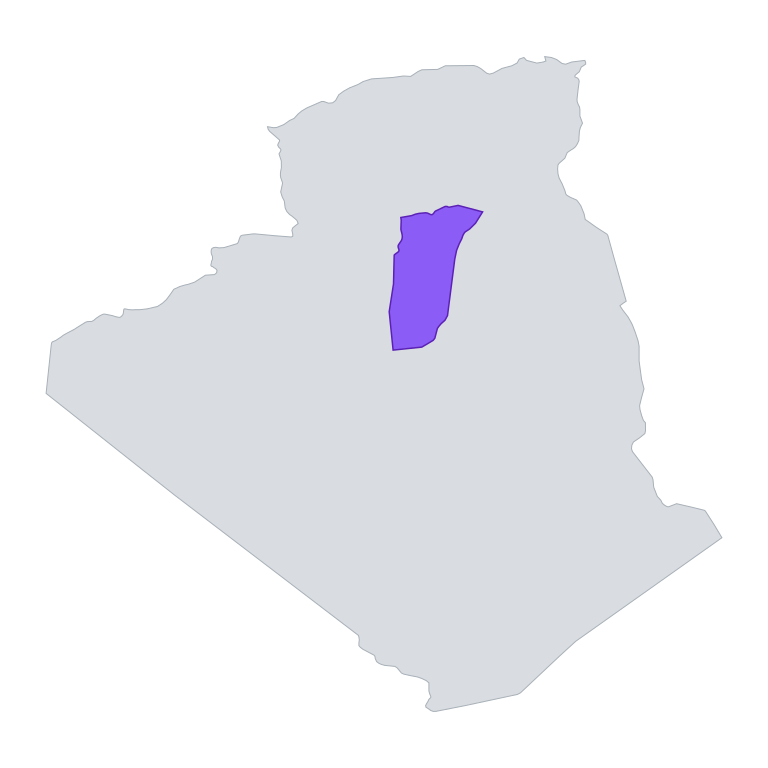 Algeria, with Ghardaïa highlighted
{"feature_id": "DZA-2192", "entity_name": "Ghardaïa", "entity_type": "Province", "adm_level": 1, "iso_a3": "DZA", "parent_name": "Algeria", "parent_adm1": "", "projection": "albers", "projection_center": [3.122, 31.033], "detail": "fine", "context": "in_parent", "style": "filled", "palette": "violet", "viewbox_px": 768, "rotation_deg": 0, "n_neighbors": 0, "source": "natural_earth", "source_scale": "10m", "svg_char_len": 4510}
<svg xmlns="http://www.w3.org/2000/svg" viewBox="0 0 768 768"><path d="M584.8,60.4L585.6,62.3L585.7,64.1L583.1,65.9L581.3,67.0L579.3,71.7L575.4,75.0L574.8,76.0L574.9,76.9L577.7,78.2L578.7,79.5L579.2,81.3L578.3,87.8L577.0,99.3L577.2,101.8L578.3,104.7L579.5,107.0L579.9,109.6L579.9,116.1L581.3,119.8L582.5,123.2L580.3,127.6L579.4,131.4L579.0,136.9L578.9,140.3L577.5,143.6L575.5,146.7L573.3,148.6L570.5,150.3L567.2,152.6L564.8,158.3L559.2,163.2L558.0,164.9L557.6,168.7L558.0,173.9L559.1,178.0L562.2,184.0L564.9,190.6L565.8,194.0L566.8,195.2L570.3,197.3L576.5,200.0L577.6,201.2L580.8,205.7L584.1,213.9L585.2,219.4L596.3,227.3L607.0,234.2L607.8,235.4L614.7,260.4L617.2,269.2L626.2,301.2L623.2,303.2L619.9,305.7L622.7,310.0L628.0,316.9L631.2,322.5L632.4,324.9L635.1,331.9L637.4,338.8L638.1,341.0L639.1,346.3L639.1,361.0L641.6,379.6L644.0,388.8L641.6,397.4L639.6,405.6L640.0,409.6L641.7,415.8L643.4,420.4L645.4,422.7L645.5,430.6L644.9,433.5L639.5,437.9L633.4,442.0L631.8,445.3L631.5,448.9L632.5,451.7L652.2,477.1L653.0,479.7L653.7,487.2L657.3,496.4L660.9,500.3L662.3,503.3L664.7,505.3L667.2,506.7L668.6,506.8L676.6,503.7L690.9,507.0L704.4,510.3L705.4,511.1L714.2,524.8L721.9,537.7L575.7,641.3L559.3,656.3L520.5,692.8L517.5,694.4L464.7,705.7L437.2,711.1L435.9,711.4L434.3,711.4L433.2,711.4L430.8,710.5L427.9,708.4L426.0,707.3L425.6,705.6L426.7,703.4L428.0,701.4L428.6,699.9L429.5,698.7L430.7,697.7L430.8,696.4L429.8,694.1L428.9,691.0L428.9,685.4L428.9,682.9L426.4,680.7L421.6,678.4L417.2,676.9L415.2,676.5L410.4,675.6L403.7,674.1L401.4,673.0L397.1,667.8L394.9,666.4L384.9,665.4L381.6,664.5L378.9,663.3L376.6,661.6L375.3,658.7L374.9,656.3L374.1,655.2L363.1,649.4L360.4,647.4L358.9,645.6L358.9,643.0L359.3,639.8L358.9,636.9L358.4,635.4L173.8,494.5L164.2,486.9L142.5,469.8L46.1,393.4L51.2,345.3L51.6,342.9L52.3,341.9L55.7,340.5L61.2,336.9L63.2,335.3L65.8,333.8L74.7,329.1L76.6,327.8L85.4,322.3L87.4,321.6L91.8,321.4L93.7,320.4L96.4,318.1L100.3,315.5L102.7,314.4L103.3,314.2L104.8,314.1L112.3,315.6L115.4,316.6L119.1,317.4L120.3,317.2L121.4,316.4L123.0,314.5L123.5,312.1L123.7,310.0L124.0,309.1L124.7,308.8L126.4,309.1L128.5,309.6L133.0,309.9L134.5,309.7L139.7,309.7L146.9,308.9L157.4,306.5L162.5,303.2L166.4,299.6L170.5,294.1L173.8,289.3L179.9,286.5L185.0,285.0L187.9,284.4L194.5,282.2L205.4,275.2L214.3,274.6L215.4,273.9L216.7,272.7L217.0,270.3L215.6,268.6L213.8,267.6L212.6,266.6L211.4,266.3L210.8,265.2L211.3,263.1L211.6,261.2L212.5,259.3L212.5,256.6L211.4,253.8L211.1,251.8L211.3,249.9L212.0,248.4L213.9,247.5L216.0,247.3L218.9,247.9L224.0,247.6L237.3,243.6L238.3,242.2L239.3,239.0L240.4,236.2L241.8,235.4L242.5,235.2L253.0,233.9L255.3,233.9L274.6,235.7L291.2,237.0L292.7,236.4L292.8,234.3L291.9,230.4L292.6,228.0L295.1,225.9L298.2,223.5L296.9,220.4L294.6,218.3L291.4,215.7L289.7,214.6L286.9,211.6L285.2,208.1L284.3,201.0L282.2,196.9L280.7,191.9L282.6,183.0L280.7,177.5L280.4,175.1L280.5,172.4L281.4,167.6L281.3,160.9L279.0,153.9L280.3,151.6L280.9,150.4L280.8,149.3L278.6,147.0L277.7,145.1L278.3,143.4L279.6,141.0L279.5,140.0L275.9,136.8L269.9,131.6L268.2,129.4L267.5,126.7L273.5,127.7L276.6,127.5L283.8,124.6L289.6,120.5L294.1,118.4L298.2,113.9L301.7,111.0L306.9,107.9L321.6,101.5L323.8,101.5L328.5,103.2L332.7,102.8L335.6,100.5L338.8,94.7L343.6,91.2L349.7,87.8L357.8,84.6L363.2,81.5L371.6,78.9L392.6,77.5L403.4,76.0L410.7,76.4L418.1,71.5L421.8,69.8L437.7,69.4L445.3,65.8L473.8,65.5L477.3,66.6L480.7,68.5L486.7,73.2L489.6,74.1L493.3,73.1L502.0,68.4L511.8,65.8L517.1,63.0L519.3,59.1L523.9,57.5L526.6,60.4L536.9,63.1L543.2,62.0L545.9,61.0L544.7,56.6L551.4,57.5L556.6,59.5L562.1,63.5L565.6,64.2L571.8,62.0L584.8,60.4Z" fill="#d9dde1" stroke="#a8b0b8" stroke-width="1"/><path d="M394.2,255.1L395.1,254.2L397.7,252.3L398.4,251.7L398.9,250.9L399.0,250.3L398.9,249.6L398.3,247.8L398.1,246.8L398.2,245.5L398.7,244.5L401.4,240.5L401.9,239.2L402.2,238.0L402.3,236.5L402.2,235.2L402.0,234.0L401.1,230.4L400.9,229.1L401.2,220.4L401.0,218.7L400.8,217.5L411.7,215.6L415.3,214.2L419.0,213.4L425.5,212.8L427.2,213.0L428.0,213.3L430.5,214.5L431.4,214.7L432.2,214.6L433.0,214.0L433.6,213.4L434.7,211.8L435.4,211.1L444.8,206.6L445.6,206.4L447.1,206.5L447.5,206.6L448.3,207.1L449.3,207.2L458.1,205.4L482.6,211.9L475.5,223.2L469.6,229.0L465.2,231.9L464.5,232.7L464.0,233.4L462.9,235.4L461.7,238.9L459.3,243.6L456.6,250.3L454.8,258.9L447.5,315.6L445.0,320.2L441.1,323.7L438.8,326.4L437.4,328.4L434.8,338.3L433.1,340.4L421.8,347.1L393.1,350.1L389.2,311.7L393.5,284.0L394.2,255.1Z" fill="#8b5cf6" stroke="#5b21b6" stroke-width="1.5"/></svg>